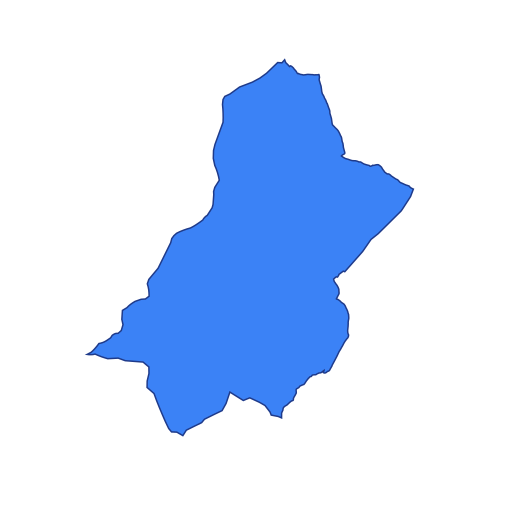 Brebu Nou, Caras-Severin, Romania, rotated 110°
{"feature_id": "2599482B82454877199811", "entity_name": "Brebu Nou", "entity_type": "district", "adm_level": 2, "iso_a3": "ROU", "parent_name": "Romania", "parent_adm1": "Caras-Severin", "projection": "natural_earth1", "projection_center": [22.122, 45.233], "detail": "fine", "context": "isolated", "style": "filled", "palette": "blue", "viewbox_px": 512, "rotation_deg": 110, "n_neighbors": 0, "source": "geoboundaries", "source_scale": "gbopen_adm2", "svg_char_len": 5357}
<svg xmlns="http://www.w3.org/2000/svg" viewBox="0 0 512 512"><g transform="rotate(110 256 256)"><path d="M406.2,381.0L405.8,379.1L405.1,377.2L404.3,375.4L403.2,373.7L403.4,370.3L403.5,366.9L403.4,363.6L403.2,360.2L399.1,350.6L399.1,343.1L394.3,325.9L396.9,318.7L403.0,316.4L410.7,315.5L416.8,313.4L420.1,304.8L425.8,300.0L431.4,295.0L436.8,290.0L442.2,284.9L448.0,279.0L450.2,275.2L448.6,270.2L449.8,263.3L443.5,261.9L437.5,256.2L431.2,250.1L427.0,248.6L418.9,240.9L412.9,235.0L404.8,233.7L392.8,234.0L393.8,229.4L396.1,218.5L393.6,215.8L391.4,213.3L392.3,202.7L393.4,196.4L397.8,189.5L399.0,188.4L400.3,187.3L399.2,180.3L399.3,177.9L399.4,176.6L394.9,178.2L393.9,178.2L391.8,178.0L391.3,178.1L390.3,178.3L389.4,178.4L388.6,178.2L388.1,177.9L387.3,177.5L386.3,176.7L385.2,175.8L383.3,174.9L381.4,173.9L380.6,173.4L379.8,172.8L379.4,172.1L379.0,171.8L378.6,171.7L378.3,171.7L378.0,171.8L377.6,172.0L376.8,172.1L375.6,172.0L373.4,171.6L371.9,171.4L371.2,171.3L370.4,171.5L369.5,171.9L368.2,172.5L367.5,172.6L367.1,172.5L366.3,171.9L365.2,170.9L364.5,170.6L363.7,170.4L363.2,170.2L361.9,168.9L360.7,167.6L360.4,167.1L359.1,166.6L356.4,166.0L355.7,165.8L354.3,165.3L353.7,165.1L353.1,165.0L352.6,164.6L351.7,164.3L351.1,164.0L350.7,163.5L350.3,162.9L349.7,162.6L349.1,162.6L348.7,162.3L348.3,161.8L347.8,160.9L347.3,159.6L346.8,158.9L346.1,158.5L345.2,157.6L344.4,156.8L343.9,155.7L343.1,154.7L341.7,153.9L340.9,153.4L340.2,152.9L340.6,152.8L341.5,153.1L342.0,153.2L342.5,152.9L342.6,152.2L342.5,151.5L342.1,150.8L341.5,150.2L340.0,149.3L339.2,148.3L338.3,147.8L336.8,147.6L333.3,147.0L332.7,147.1L327.9,146.4L322.7,145.7L317.3,145.2L315.1,144.7L311.9,144.2L311.0,144.0L307.8,143.6L305.8,143.2L302.8,142.3L301.3,141.7L299.6,141.7L298.5,142.0L297.7,142.8L296.5,143.6L294.7,144.4L290.7,145.4L287.8,146.3L286.9,146.7L285.2,147.1L283.2,147.4L281.8,147.9L279.3,149.0L278.1,150.0L276.6,151.0L275.1,152.4L274.0,153.6L272.4,155.1L271.2,156.7L270.7,158.5L270.4,159.8L269.4,161.9L269.1,163.0L268.8,164.3L268.9,165.3L268.9,165.6L268.8,165.8L265.3,165.4L263.1,165.1L262.3,165.3L261.0,165.9L258.9,166.8L257.4,168.1L255.8,169.9L254.8,171.5L253.2,173.7L251.8,174.8L251.1,175.2L250.2,174.7L249.1,174.1L248.1,173.4L247.9,172.2L245.9,171.7L244.9,171.8L244.1,171.2L240.4,168.8L240.4,167.2L229.0,162.7L215.2,157.3L201.1,153.6L193.2,148.8L179.5,142.3L164.0,135.0L161.7,134.4L147.3,131.1L139.3,131.0L139.2,132.3L138.9,134.2L138.3,135.4L137.9,136.0L137.9,137.8L138.0,139.3L137.9,141.1L137.7,143.2L137.6,145.3L137.4,146.1L137.3,146.4L136.3,148.1L135.9,149.2L135.8,151.0L135.5,152.2L134.9,154.6L134.5,156.3L134.0,157.2L133.6,158.7L133.5,159.4L133.9,160.4L133.9,161.5L133.3,162.9L133.2,163.8L132.5,164.6L131.8,165.6L131.4,166.3L130.8,167.1L130.0,168.0L129.6,168.5L129.0,169.9L128.6,171.2L128.4,172.3L128.7,173.3L129.2,174.3L130.1,175.6L130.2,175.8L130.7,176.7L130.8,177.4L131.7,178.0L132.1,178.6L132.3,178.8L132.6,179.4L132.6,179.5L132.5,179.8L132.2,180.5L132.5,183.3L132.6,185.8L132.4,187.5L132.0,189.0L131.9,189.9L132.0,190.4L132.3,191.1L132.4,192.0L132.3,192.3L132.3,193.4L132.4,194.4L132.6,195.5L132.9,196.3L133.3,197.6L133.5,198.5L133.6,200.2L133.6,202.5L133.7,203.6L133.8,204.7L133.8,205.6L133.5,207.4L133.1,208.9L133.0,209.4L132.8,210.0L132.7,210.0L131.3,209.2L130.2,208.2L129.7,207.8L129.4,207.7L129.1,207.7L128.8,207.8L128.3,208.0L126.4,209.4L125.8,209.8L125.1,210.3L124.5,210.7L123.7,211.2L122.4,211.8L121.5,212.3L120.4,212.9L118.9,214.2L117.5,215.0L115.7,216.0L114.7,216.8L113.9,217.8L112.6,219.0L112.2,219.4L110.4,221.4L109.5,222.8L108.2,225.7L107.6,226.8L107.5,227.1L106.6,229.0L106.2,229.2L105.6,229.7L102.8,231.2L101.1,232.1L99.4,233.3L97.8,234.5L96.6,235.4L94.9,236.1L94.3,236.4L93.2,237.2L92.0,238.3L90.5,239.5L88.3,241.3L88.0,241.9L86.7,242.9L85.6,243.9L84.9,244.7L84.4,245.4L84.1,245.7L83.0,246.6L81.8,247.9L81.4,248.5L80.8,249.2L79.9,249.8L78.9,250.5L77.7,251.1L76.9,251.5L74.1,253.0L72.3,254.4L71.5,255.0L69.3,256.6L68.4,257.1L67.2,257.3L66.5,257.4L65.2,258.1L64.0,258.9L64.2,259.5L64.6,259.9L65.2,261.6L65.9,263.2L66.1,264.1L66.2,264.9L66.6,266.0L67.4,268.8L67.8,269.9L68.1,270.4L69.1,272.2L69.7,273.5L69.8,274.8L70.1,276.0L70.1,277.0L70.1,278.4L70.0,278.6L70.3,278.9L70.3,279.2L70.3,279.3L69.9,280.1L68.8,281.3L68.1,282.5L67.1,284.4L66.6,285.0L66.1,286.1L65.6,287.4L65.5,288.6L66.5,289.3L66.0,290.2L65.3,291.6L64.1,294.2L61.8,296.2L65.6,297.7L66.8,301.8L80.7,308.6L87.5,313.2L93.9,318.9L102.8,329.2L112.7,335.9L116.7,339.9L120.2,340.5L125.1,339.3L129.1,337.4L133.2,335.7L137.4,334.1L141.6,332.7L165.2,332.7L171.4,332.0L178.9,329.5L185.0,325.7L187.8,323.1L190.8,320.7L194.1,318.4L197.4,316.4L205.6,318.2L209.9,317.9L212.7,316.7L222.2,314.0L225.7,313.7L234.5,315.7L235.8,316.7L237.2,317.4L238.8,318.0L240.4,318.3L243.1,320.1L245.5,321.8L247.8,323.5L250.0,325.3L252.1,327.2L254.3,330.2L256.6,333.0L259.1,335.8L261.8,338.4L265.0,340.1L268.4,341.1L272.8,340.7L301.0,343.8L314.6,348.7L319.3,348.6L321.8,346.8L324.5,345.2L327.3,343.9L330.3,342.7L334.2,345.2L336.0,349.2L340.0,354.1L342.0,355.7L344.1,357.2L346.3,358.5L348.7,359.6L352.8,362.9L361.4,360.4L366.0,357.5L372.1,357.1L375.8,359.1L376.3,360.3L376.9,361.5L377.8,362.5L378.9,363.4L379.8,364.0L382.6,364.6L386.1,367.1L387.0,367.8L388.5,369.1L389.8,370.5L391.0,372.1L392.0,373.7L394.4,374.4L396.7,375.2L399.0,376.1L401.2,377.1L402.9,378.0L406.2,381.0Z" fill="#3b82f6" stroke="#1e3a8a" stroke-width="1.5"/></g></svg>